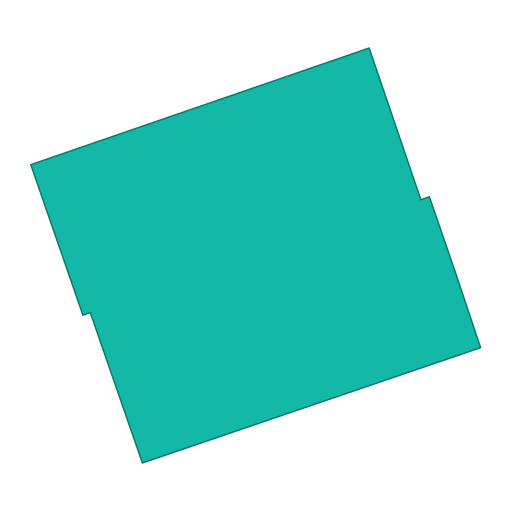 Grant, Minnesota, United States of America, rotated 161°
{"feature_id": "52423323B67353277532056", "entity_name": "Grant", "entity_type": "district", "adm_level": 2, "iso_a3": "USA", "parent_name": "United States of America", "parent_adm1": "Minnesota", "projection": "natural_earth1", "projection_center": [-96.012, 45.934], "detail": "fine", "context": "isolated", "style": "filled", "palette": "teal", "viewbox_px": 512, "rotation_deg": 161, "n_neighbors": 0, "source": "geoboundaries", "source_scale": "gbopen_adm2", "svg_char_len": 284}
<svg xmlns="http://www.w3.org/2000/svg" viewBox="0 0 512 512"><g transform="rotate(161 256 256)"><path d="M439.2,415.7L438.9,256.4L431.1,256.4L430.8,97.3L73.5,96.2L72.8,175.9L72.8,255.5L81.8,255.6L81.3,415.8L439.2,415.7Z" fill="#14b8a6" stroke="#0f766e" stroke-width="1.5"/></g></svg>